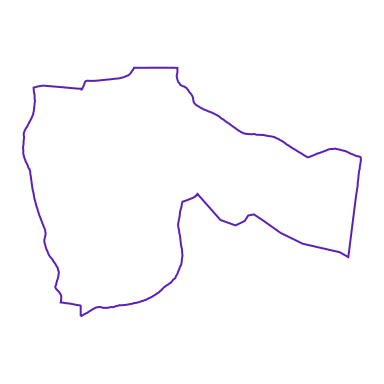 outline of Mbacke, Diourbel, Senegal
{"feature_id": "50182788B63857747785645", "entity_name": "Mbacke", "entity_type": "district", "adm_level": 2, "iso_a3": "SEN", "parent_name": "Senegal", "parent_adm1": "Diourbel", "projection": "orthographic", "projection_center": [-15.86, 14.756], "detail": "fine", "context": "isolated", "style": "outline", "palette": "violet", "viewbox_px": 384, "rotation_deg": 0, "n_neighbors": 0, "source": "geoboundaries", "source_scale": "gbopen_adm2", "svg_char_len": 5827}
<svg xmlns="http://www.w3.org/2000/svg" viewBox="0 0 384 384"><path d="M60.7,302.4L62.5,302.6L66.0,303.2L70.0,303.6L75.9,304.8L79.9,305.4L80.5,305.6L80.7,305.8L80.7,316.3L80.7,316.2L81.4,316.1L81.8,315.9L82.2,315.4L85.0,313.9L86.1,313.3L87.3,312.8L89.1,311.5L90.4,310.7L92.5,309.4L94.0,308.6L95.4,307.8L96.4,307.4L99.6,306.9L101.6,307.3L103.4,307.9L104.8,307.9L106.5,307.8L107.8,307.9L108.6,307.5L110.6,307.1L112.6,307.2L114.0,306.9L115.0,306.5L116.2,306.0L117.9,305.8L119.4,305.2L121.5,305.3L122.3,305.2L126.3,304.8L128.6,304.4L130.8,303.9L132.1,303.8L134.2,303.0L136.2,302.9L137.9,302.4L140.0,301.8L141.8,301.1L142.9,300.9L144.5,300.2L145.9,299.9L147.6,298.8L149.1,298.2L152.2,296.7L153.5,295.8L156.6,293.9L157.5,293.1L159.2,292.2L160.2,290.9L161.4,290.3L161.8,289.5L162.8,288.6L163.8,287.5L165.4,286.3L166.9,285.2L168.3,284.4L169.5,283.5L170.8,282.8L172.1,281.1L173.1,279.8L174.1,279.0L175.2,278.2L176.3,275.5L177.2,274.3L177.6,273.4L178.0,271.8L178.6,270.7L179.3,269.0L179.7,267.7L180.4,266.1L181.2,264.6L181.4,263.1L181.8,261.5L181.8,260.4L181.9,259.0L182.3,256.9L182.5,255.6L182.2,253.8L182.2,251.9L182.0,250.5L181.8,248.4L181.2,246.2L180.9,243.6L180.6,241.5L180.2,237.6L180.1,236.0L179.7,234.8L179.2,232.3L179.0,230.0L178.7,228.7L178.3,227.0L178.1,225.7L178.2,223.4L178.7,221.2L178.8,220.2L179.3,218.0L179.6,216.4L179.9,213.6L180.1,211.8L180.6,209.8L181.0,208.3L181.5,206.6L181.7,205.3L182.0,203.3L182.6,201.6L184.0,201.3L185.4,200.7L186.5,200.5L187.7,199.9L189.6,199.2L190.7,198.7L192.2,198.2L195.1,196.6L195.7,195.8L196.8,195.4L196.8,194.7L197.4,193.9L205.1,202.6L220.5,220.0L235.5,225.4L244.7,221.0L248.2,215.5L253.9,214.4L262.1,219.8L280.6,232.9L302.6,243.7L339.6,252.2L348.3,257.1L356.0,196.3L356.4,193.4L356.9,190.8L357.2,188.3L357.6,186.4L357.7,183.4L357.9,181.3L358.3,179.1L358.4,177.4L358.6,175.1L358.9,172.9L359.1,171.0L359.7,169.1L359.8,166.7L360.1,165.3L360.2,164.1L360.6,162.7L360.6,161.3L361.0,160.2L360.7,158.6L360.8,157.5L360.2,156.9L358.8,156.5L356.2,156.0L354.0,154.9L352.1,154.2L350.2,153.5L349.0,152.8L347.8,152.2L346.4,151.5L345.1,151.0L344.4,150.9L343.2,150.6L342.2,150.3L340.8,150.0L339.4,149.6L336.5,149.0L335.6,148.7L334.6,148.7L332.6,149.0L331.1,149.0L330.1,149.1L329.3,149.3L328.3,149.5L326.1,150.5L322.3,151.9L320.1,152.8L318.6,153.2L317.0,153.7L315.1,154.6L313.3,155.4L311.5,156.0L310.7,156.4L309.6,156.8L308.5,157.2L307.3,157.2L306.3,156.5L304.1,155.3L302.8,154.4L300.8,153.1L299.1,152.2L297.5,151.3L295.7,150.0L294.1,149.1L292.2,148.0L289.8,146.4L288.3,145.3L286.7,144.6L285.8,143.7L282.2,141.1L281.0,140.6L279.5,139.7L278.6,139.0L277.6,138.7L275.9,138.0L275.2,137.5L274.1,136.9L273.0,136.8L271.7,136.5L269.8,136.2L268.2,136.0L266.6,135.7L265.5,135.5L263.8,135.0L263.0,135.0L258.8,134.8L257.5,134.8L256.3,134.7L255.0,134.2L253.7,134.0L252.0,134.3L251.0,134.2L249.9,134.1L248.8,134.1L248.0,134.0L246.8,133.9L246.0,133.9L244.9,133.6L243.1,133.1L242.9,132.9L241.8,132.4L238.4,130.5L235.8,128.5L231.8,125.7L229.2,123.7L226.8,122.2L222.9,119.2L221.3,118.4L218.7,116.1L217.0,115.2L214.1,113.7L211.9,112.6L208.0,111.2L205.7,110.1L203.8,109.5L202.1,108.5L200.6,107.8L199.3,106.8L197.3,105.7L195.9,104.7L194.6,103.5L193.8,102.3L193.5,101.1L193.2,99.7L193.1,97.9L192.7,96.9L192.0,95.5L191.3,94.4L190.6,93.4L189.7,92.5L188.8,91.3L188.1,89.9L187.1,88.8L186.2,87.8L184.9,87.1L184.2,86.5L182.7,86.2L180.4,85.0L179.4,83.2L178.5,82.5L177.4,79.6L176.6,75.9L177.4,72.8L177.4,67.9L171.3,67.7L134.0,67.8L133.9,68.3L132.8,70.0L131.8,71.3L131.1,72.5L130.4,73.5L129.5,74.4L128.6,75.1L127.6,75.6L126.2,76.1L124.8,76.8L123.3,77.3L120.2,78.1L118.8,78.4L117.9,78.5L116.2,78.6L113.5,78.9L111.6,79.2L108.4,79.5L106.2,79.7L103.5,80.0L101.4,80.2L98.7,80.5L95.8,80.7L94.2,80.9L89.7,80.9L87.5,80.7L86.6,80.9L86.0,81.0L85.7,81.2L85.3,81.6L85.0,82.0L84.7,82.8L84.4,83.6L84.2,84.4L83.8,85.5L83.4,86.2L83.0,87.2L82.6,88.0L82.1,89.0L81.8,89.4L81.6,89.6L81.4,89.6L80.9,88.7L78.3,88.7L74.1,88.3L68.4,87.8L61.1,87.1L46.2,85.9L43.1,85.6L38.2,86.4L33.6,87.6L33.8,90.8L33.9,91.8L34.0,93.0L34.6,94.1L34.6,95.4L34.6,97.2L34.7,99.1L35.0,101.1L34.7,102.2L34.5,104.8L34.3,106.1L34.2,107.7L34.0,109.0L33.9,110.6L33.6,111.8L33.3,113.0L33.2,114.2L32.7,115.3L32.2,116.6L31.6,117.8L31.3,118.7L30.6,119.8L30.1,121.0L29.5,121.9L29.1,122.7L27.8,125.2L27.2,126.5L26.3,127.8L25.5,129.0L25.0,130.3L24.4,131.3L24.1,132.4L23.7,133.7L23.8,135.1L24.1,137.1L23.7,140.6L23.5,142.1L23.6,143.8L23.3,145.7L23.0,147.6L23.2,149.4L23.4,150.5L23.2,152.1L23.3,153.6L23.9,156.2L24.2,157.3L24.6,158.6L25.2,159.9L25.6,161.4L26.3,162.6L27.1,164.2L27.6,165.2L28.3,167.4L28.7,168.3L29.5,169.1L29.8,170.3L30.2,171.3L30.2,172.4L30.3,173.7L30.6,175.3L30.9,176.8L31.0,178.3L31.2,179.8L31.5,181.3L31.8,184.2L32.1,185.6L32.1,186.5L32.3,187.4L32.5,188.7L32.7,189.9L32.9,190.7L33.4,192.8L33.7,193.9L33.8,195.3L34.0,196.4L34.2,197.5L34.4,198.6L34.8,199.7L35.4,202.0L35.6,203.1L36.0,204.3L36.3,205.7L36.8,207.3L37.2,208.1L37.6,209.7L37.9,210.8L38.2,211.7L38.7,213.2L39.0,214.6L39.5,215.7L40.1,217.0L40.9,219.1L41.2,220.0L41.7,221.3L42.1,222.2L42.4,223.3L43.1,224.8L43.3,225.4L43.6,226.3L44.4,228.2L44.9,229.4L45.2,230.4L45.2,231.3L45.5,232.4L45.6,233.9L45.5,235.0L45.1,236.4L44.8,237.9L44.7,238.6L44.4,239.6L44.3,241.1L44.5,242.7L45.1,244.4L45.7,247.1L46.1,248.1L46.6,249.8L47.3,250.9L47.6,251.9L48.1,253.0L48.7,254.6L49.4,255.7L50.2,256.9L51.3,258.2L52.1,258.9L52.7,259.8L53.2,261.0L53.8,261.7L54.2,262.4L55.2,263.7L55.7,264.5L56.1,265.5L56.7,266.4L57.3,267.2L57.8,268.2L57.9,269.1L58.1,270.2L58.6,270.9L58.8,272.2L58.8,273.4L58.6,274.4L58.5,275.4L58.3,276.5L58.0,277.6L57.8,278.6L57.5,279.6L57.0,280.6L56.7,282.1L56.3,283.3L56.2,284.4L55.8,285.4L55.3,286.4L55.4,287.4L55.8,288.3L56.2,289.0L57.9,290.8L59.0,291.9L60.7,294.6L61.1,295.6L61.2,296.7L61.4,297.9L61.2,298.6L61.1,299.5L61.0,300.2L61.0,301.1L60.9,302.0L60.7,302.4Z" fill="none" stroke="#5b21b6" stroke-width="2"/></svg>